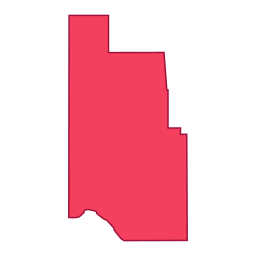 outline of Harmon, Oklahoma, United States of America
{"feature_id": "52423323B18210039689715", "entity_name": "Harmon", "entity_type": "district", "adm_level": 2, "iso_a3": "USA", "parent_name": "United States of America", "parent_adm1": "Oklahoma", "projection": "orthographic", "projection_center": [-99.881, 34.769], "detail": "fine", "context": "isolated", "style": "filled", "palette": "rose", "viewbox_px": 256, "rotation_deg": 0, "n_neighbors": 0, "source": "geoboundaries", "source_scale": "gbopen_adm2", "svg_char_len": 587}
<svg xmlns="http://www.w3.org/2000/svg" viewBox="0 0 256 256"><path d="M69.9,217.5L74.0,217.7L77.9,217.2L79.0,216.8L81.2,215.2L83.5,212.9L84.0,212.3L84.0,211.6L84.3,210.6L85.1,209.9L88.2,209.5L94.0,210.6L96.2,211.5L96.7,213.3L98.8,215.2L104.8,219.6L105.8,219.7L106.6,220.2L108.9,222.5L113.5,227.6L113.9,228.4L114.2,229.8L115.4,231.7L121.0,238.6L124.0,240.6L187.2,240.4L186.8,146.9L186.7,134.3L180.5,134.3L180.5,128.0L168.0,128.0L168.0,89.9L166.8,89.9L164.0,52.5L108.5,52.6L108.5,15.4L69.1,15.4L68.9,137.5L68.8,217.5L69.9,217.5Z" fill="#f43f5e" stroke="#9f1239" stroke-width="1.5"/></svg>